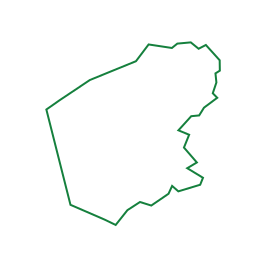 Doddridge, West Virginia, United States of America, rotated 12°
{"feature_id": "52423323B8788265291879", "entity_name": "Doddridge", "entity_type": "district", "adm_level": 2, "iso_a3": "USA", "parent_name": "United States of America", "parent_adm1": "West Virginia", "projection": "natural_earth1", "projection_center": [-80.633, 39.271], "detail": "fine", "context": "isolated", "style": "outline", "palette": "green", "viewbox_px": 256, "rotation_deg": 12, "n_neighbors": 0, "source": "geoboundaries", "source_scale": "gbopen_adm2", "svg_char_len": 578}
<svg xmlns="http://www.w3.org/2000/svg" viewBox="0 0 256 256"><g transform="rotate(12 128 128)"><path d="M124.3,222.5L136.1,225.4L144.5,208.5L155.1,197.9L166.9,199.0L181.3,183.9L183.2,175.5L190.4,179.5L210.4,168.5L211.7,161.1L194.3,155.0L202.5,147.4L186.8,135.5L189.2,121.9L177.8,119.8L187.4,103.3L195.0,100.9L198.1,92.3L209.0,79.9L203.7,76.4L205.0,65.1L202.2,56.4L205.9,52.8L203.6,42.7L186.9,30.6L180.6,35.8L171.6,31.2L158.7,35.2L154.3,40.6L130.8,42.0L121.9,61.0L80.7,89.0L55.1,115.3L44.3,126.9L87.7,215.1L124.3,222.5Z" fill="none" stroke="#15803d" stroke-width="2"/></g></svg>